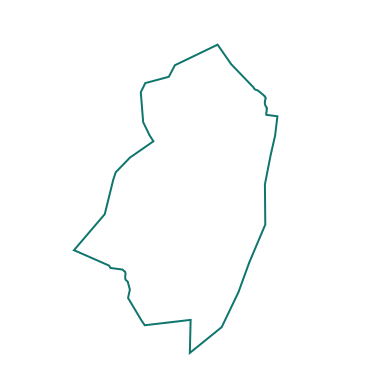 outline of Sharga, Govi-Altay, Mongolia, rotated 303°
{"feature_id": "93677404B51253080271810", "entity_name": "Sharga", "entity_type": "district", "adm_level": 2, "iso_a3": "MNG", "parent_name": "Mongolia", "parent_adm1": "Govi-Altay", "projection": "albers", "projection_center": [95.614, 46.486], "detail": "fine", "context": "isolated", "style": "outline", "palette": "teal", "viewbox_px": 384, "rotation_deg": 303, "n_neighbors": 0, "source": "geoboundaries", "source_scale": "gbopen_adm2", "svg_char_len": 1593}
<svg xmlns="http://www.w3.org/2000/svg" viewBox="0 0 384 384"><g transform="rotate(303 192 192)"><path d="M78.9,124.7L85.1,162.5L83.9,165.0L89.1,176.0L88.8,177.4L88.7,179.2L87.6,180.5L86.6,181.2L85.4,181.5L82.7,183.5L82.2,184.2L82.1,185.2L81.7,187.1L80.9,187.9L76.4,193.0L68.3,196.1L56.7,219.7L54.5,224.9L84.0,260.5L55.9,277.8L74.5,283.9L94.9,290.5L133.4,285.5L163.6,278.5L204.6,271.2L238.1,249.0L265.4,238.0L284.5,231.0L302.0,222.4L297.2,212.3L298.0,211.6L298.8,211.2L299.8,210.9L300.0,210.7L300.5,210.5L300.8,210.5L300.9,210.4L301.4,210.0L301.5,209.8L301.9,209.7L302.0,209.6L302.3,209.6L302.7,209.5L302.9,209.2L303.2,209.0L303.2,208.8L303.3,208.7L303.6,208.5L303.6,208.3L303.6,208.2L303.8,208.0L303.8,207.7L304.1,207.4L304.2,207.2L304.3,207.0L304.4,206.7L304.5,206.5L304.7,206.3L304.8,206.0L306.0,204.8L306.8,204.4L307.2,204.0L307.9,203.7L308.3,203.6L309.0,203.3L309.3,203.1L309.6,203.1L309.9,203.1L310.5,202.9L310.7,202.7L310.9,202.7L311.2,202.3L311.3,202.1L311.4,201.8L311.4,201.6L311.6,201.5L311.7,201.2L311.9,201.1L312.0,200.6L312.0,200.1L312.1,199.6L312.2,199.1L312.4,197.7L312.5,196.6L312.5,195.8L312.7,195.3L312.8,194.9L312.8,194.5L312.8,194.1L312.8,193.9L312.8,193.3L312.9,192.9L313.0,192.4L312.9,191.8L312.9,191.2L312.7,190.7L312.6,190.3L312.5,190.0L312.4,189.7L312.4,189.4L312.4,189.1L312.4,188.6L312.6,187.6L312.9,187.2L313.2,186.8L313.4,186.4L313.4,185.8L320.5,155.3L329.5,133.2L289.0,108.6L276.0,109.8L257.9,93.5L247.8,94.7L224.0,113.0L216.5,125.4L213.5,132.0L187.0,121.2L167.0,117.3L159.3,119.3L125.9,130.9L78.9,124.7Z" fill="none" stroke="#0f766e" stroke-width="2"/></g></svg>